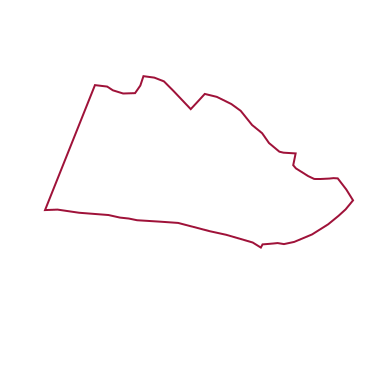 Rosso, Trarza, Mauritania (Albers equal-area conic projection), rotated 213°
{"feature_id": "47542326B77132653245300", "entity_name": "Rosso", "entity_type": "district", "adm_level": 2, "iso_a3": "MRT", "parent_name": "Mauritania", "parent_adm1": "Trarza", "projection": "albers", "projection_center": [-15.757, 16.661], "detail": "fine", "context": "isolated", "style": "outline", "palette": "rose", "viewbox_px": 384, "rotation_deg": 213, "n_neighbors": 0, "source": "geoboundaries", "source_scale": "gbopen_adm2", "svg_char_len": 832}
<svg xmlns="http://www.w3.org/2000/svg" viewBox="0 0 384 384"><g transform="rotate(213 192 192)"><path d="M52.4,272.7L63.9,278.1L77.2,282.8L80.9,280.7L84.1,278.1L91.3,272.9L96.6,269.5L103.4,268.6L117.7,268.4L121.7,269.6L126.1,280.8L136.7,274.8L140.7,273.4L154.1,275.0L165.2,279.5L178.1,280.9L195.4,286.6L206.9,287.2L223.0,285.3L234.7,281.2L236.8,268.7L238.2,260.8L262.3,266.6L275.8,269.5L285.9,267.4L295.8,262.7L293.3,253.1L293.6,243.9L303.4,237.1L313.7,234.2L320.6,234.2L327.5,230.8L331.6,228.8L305.4,96.8L295.2,104.0L275.4,113.1L249.5,127.2L238.5,131.3L230.6,135.3L222.7,138.4L202.5,149.8L186.8,158.5L156.0,168.7L140.1,174.7L113.6,182.7L104.0,182.9L104.3,186.5L99.6,190.1L95.5,193.3L92.4,195.8L86.5,198.4L79.2,205.7L68.2,221.8L60.2,239.1L56.1,251.9L53.7,261.1L52.4,272.7Z" fill="none" stroke="#9f1239" stroke-width="2"/></g></svg>